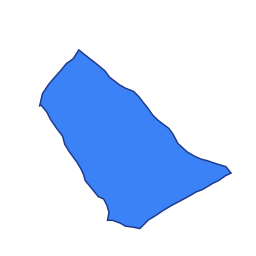 outline of Vothylakas, Cyprus, rotated 149°
{"feature_id": "46923920B71614438662685", "entity_name": "Vothylakas", "entity_type": "district", "adm_level": 2, "iso_a3": "CYP", "parent_name": "Cyprus", "parent_adm1": "", "projection": "mercator", "projection_center": [34.194, 35.469], "detail": "fine", "context": "isolated", "style": "filled", "palette": "blue", "viewbox_px": 256, "rotation_deg": 149, "n_neighbors": 0, "source": "geoboundaries", "source_scale": "gbopen_adm2", "svg_char_len": 927}
<svg xmlns="http://www.w3.org/2000/svg" viewBox="0 0 256 256"><g transform="rotate(149 128 128)"><path d="M169.6,35.7L157.9,38.7L149.2,38.7L141.0,39.2L131.1,39.2L122.4,38.7L108.9,38.1L102.5,38.1L96.1,36.9L84.4,36.9L76.9,36.3L68.7,36.9L62.9,36.3L64.0,44.5L70.4,51.5L76.9,59.2L81.5,63.8L85.6,69.7L89.7,77.3L93.2,89.0L92.6,99.0L93.2,106.6L96.1,113.6L98.4,119.5L100.2,126.5L100.8,135.3L101.9,142.9L102.5,148.8L104.3,156.4L110.1,164.0L113.0,169.3L117.7,181.0L118.3,188.6L122.4,200.4L124.7,206.2L127.6,213.8L129.9,220.3L139.3,215.6L147.4,215.0L157.4,211.5L166.7,208.6L173.7,206.2L183.6,201.5L192.3,192.5L190.6,192.2L189.4,183.4L190.0,175.2L189.4,165.2L188.3,154.7L190.6,146.5L190.6,139.4L190.0,131.8L189.4,125.4L189.4,117.2L190.0,111.3L191.8,104.9L190.6,97.2L188.8,84.4L185.4,79.7L185.9,72.6L187.7,65.6L193.1,59.4L188.8,56.8L183.6,50.4L180.7,45.1L175.4,41.0L169.6,35.7Z" fill="#3b82f6" stroke="#1e3a8a" stroke-width="1.5"/></g></svg>